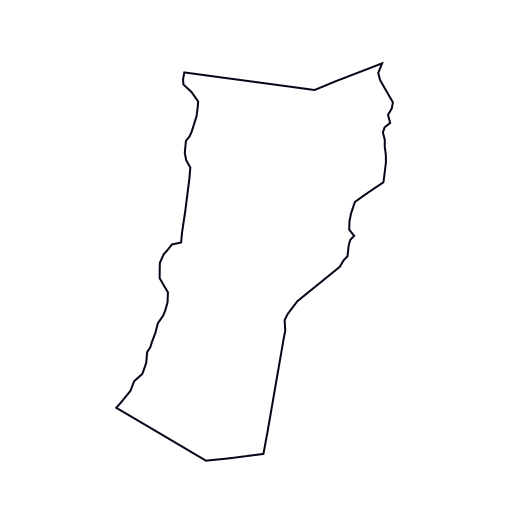 outline of Estrela de Alagoas, Alagoas, Brazil, rotated 189°
{"feature_id": "56859067B1490416965052", "entity_name": "Estrela de Alagoas", "entity_type": "district", "adm_level": 2, "iso_a3": "BRA", "parent_name": "Brazil", "parent_adm1": "Alagoas", "projection": "robinson", "projection_center": [-36.768, -9.389], "detail": "fine", "context": "isolated", "style": "outline", "palette": "ink", "viewbox_px": 512, "rotation_deg": 189, "n_neighbors": 0, "source": "geoboundaries", "source_scale": "gbopen_adm2", "svg_char_len": 1166}
<svg xmlns="http://www.w3.org/2000/svg" viewBox="0 0 512 512"><g transform="rotate(189 256 256)"><path d="M217.7,61.7L217.1,84.9L215.7,180.3L215.4,186.8L217.7,197.1L215.7,203.6L208.1,217.8L171.5,258.5L168.8,265.5L165.6,270.0L166.1,281.1L165.4,286.7L162.2,291.3L168.0,296.5L169.1,304.6L168.8,312.7L166.8,324.8L159.7,331.9L148.9,342.1L141.7,348.7L141.8,354.0L142.3,368.8L143.5,375.8L146.0,384.4L147.0,390.9L150.0,397.9L149.1,403.2L144.3,408.4L147.7,416.0L145.0,423.0L144.8,429.1L161.0,449.2L163.9,455.9L161.6,466.0L199.2,444.2L204.6,441.1L224.1,429.1L282.2,427.8L319.6,426.9L332.9,426.6L355.5,426.1L355.7,419.1L354.5,414.0L345.4,407.9L337.3,399.5L336.8,393.1L336.6,384.7L339.0,368.6L340.3,363.8L343.2,358.8L342.5,346.7L340.0,339.8L334.7,333.0L333.9,322.2L332.9,289.0L332.7,267.4L332.1,257.6L340.8,254.3L344.6,247.6L347.4,243.4L349.9,234.2L349.1,228.4L347.7,219.1L341.5,211.3L337.3,206.3L336.1,196.5L337.1,188.2L338.3,182.8L342.4,174.2L343.4,164.2L345.2,155.5L346.2,149.0L348.5,144.0L347.7,133.4L348.8,127.1L349.9,121.6L356.7,113.4L358.9,103.2L367.0,89.3L370.3,84.2L323.0,65.6L273.4,46.0L251.1,51.9L217.7,61.7Z" fill="none" stroke="#020617" stroke-width="2"/></g></svg>